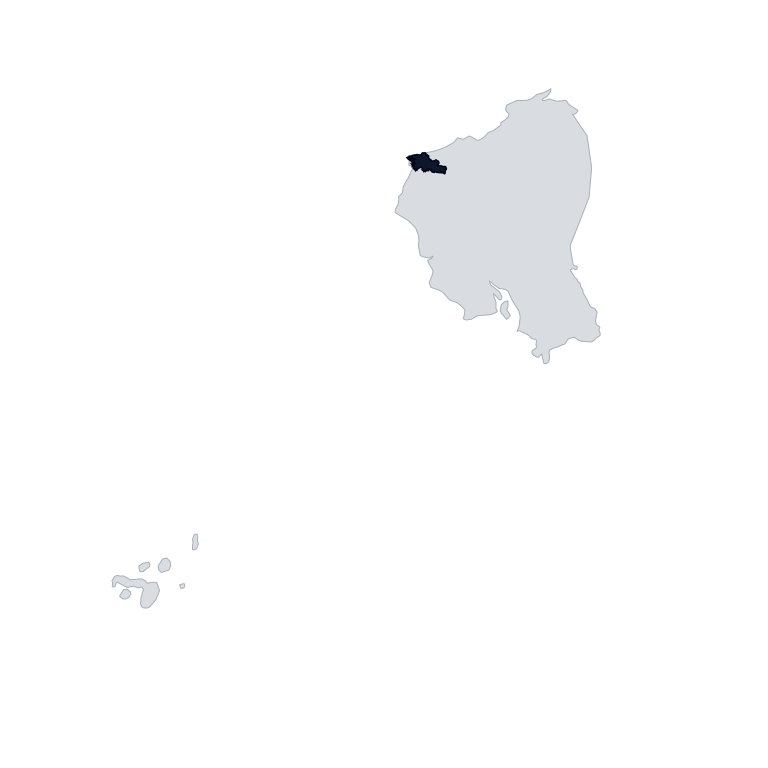 location of San Lorenzo, Esmeraldas, Ecuador, rotated 311°
{"feature_id": "8360857B36933905288912", "entity_name": "San Lorenzo", "entity_type": "district", "adm_level": 2, "iso_a3": "ECU", "parent_name": "Ecuador", "parent_adm1": "Esmeraldas", "projection": "mercator", "projection_center": [-78.743, 0.975], "detail": "fine", "context": "in_parent", "style": "filled", "palette": "ink", "viewbox_px": 768, "rotation_deg": 311, "n_neighbors": 0, "source": "geoboundaries", "source_scale": "gbopen_adm2", "svg_char_len": 9048}
<svg xmlns="http://www.w3.org/2000/svg" viewBox="0 0 768 768"><g transform="rotate(311 384 384)"><path d="M716.2,316.3L714.0,317.8L708.5,318.4L704.1,317.0L702.3,317.0L702.1,318.4L707.8,322.1L710.5,328.6L714.6,332.6L717.1,334.6L717.3,336.0L716.5,338.6L716.3,340.7L717.7,350.7L716.7,351.3L713.7,351.3L711.2,349.6L704.6,374.3L683.5,398.8L659.5,416.2L631.8,426.3L611.4,433.3L608.3,436.0L598.3,448.3L597.9,449.6L599.2,451.7L599.3,453.0L597.9,453.9L596.6,454.0L596.0,453.3L595.6,451.8L594.2,450.3L592.6,449.9L591.7,450.3L591.7,451.6L589.6,458.3L589.5,461.5L588.6,462.8L588.7,465.7L586.6,468.4L585.1,472.9L583.4,474.3L581.2,481.2L578.1,488.1L577.9,490.5L578.9,492.2L579.2,493.5L577.9,497.8L570.7,501.9L568.9,504.0L568.1,506.3L568.6,508.2L568.4,509.8L566.1,510.4L563.7,514.4L562.0,515.2L557.5,513.9L554.2,513.9L551.6,512.7L546.6,506.1L544.7,502.2L544.1,496.8L539.1,493.4L532.7,494.2L530.7,493.0L525.9,490.7L521.8,488.2L518.7,486.9L516.4,487.5L512.5,491.8L508.8,493.7L507.2,493.6L505.0,492.4L504.5,490.9L510.1,483.3L506.0,483.2L504.5,481.6L504.3,479.7L503.7,477.7L504.5,475.2L506.6,473.9L509.9,475.0L512.1,475.0L513.6,472.7L516.5,471.0L517.1,469.8L515.6,466.2L515.1,464.2L515.6,463.0L515.4,459.0L514.5,457.6L514.4,455.3L513.6,454.1L513.3,451.4L511.2,449.9L517.9,447.3L520.3,445.2L523.3,443.4L525.9,440.5L527.6,437.7L531.6,425.0L535.4,416.9L534.8,413.1L531.6,407.9L530.9,400.2L531.2,397.8L530.8,396.1L528.8,399.3L529.3,410.6L527.4,415.7L524.9,416.9L523.2,416.0L524.1,407.7L522.3,409.2L519.2,414.9L514.3,419.0L514.0,420.4L512.8,422.1L509.0,420.5L506.1,418.8L496.6,409.5L490.3,407.6L486.5,404.3L485.7,402.9L485.3,401.0L489.1,399.1L493.1,396.5L493.5,390.7L493.4,386.1L490.5,378.4L491.8,368.2L491.1,364.3L487.7,355.9L490.2,351.6L499.0,348.5L501.9,346.5L503.9,339.8L505.9,335.8L509.8,337.4L512.9,337.2L508.8,335.7L505.4,329.7L504.8,326.9L511.4,318.7L514.8,316.6L519.0,312.2L522.5,305.6L523.4,295.3L521.9,287.9L520.8,280.0L523.0,278.0L528.3,277.0L532.7,274.5L534.9,272.1L540.2,272.5L546.2,268.8L555.8,267.0L569.2,262.9L572.1,259.2L570.8,252.8L575.8,256.7L578.0,259.8L585.0,263.2L593.1,269.4L598.4,272.6L604.3,275.4L612.7,278.4L617.9,277.9L620.1,282.5L622.0,283.9L626.9,285.5L627.4,286.1L629.3,294.7L630.3,295.9L634.6,297.3L639.7,297.8L641.8,297.5L646.4,299.9L653.4,301.9L655.9,302.1L657.1,301.8L657.5,300.9L659.5,301.1L662.6,302.2L667.0,302.4L669.8,301.3L670.3,296.6L671.3,295.5L674.5,293.7L676.1,294.1L684.4,297.9L686.1,299.2L688.2,301.9L692.0,305.8L696.2,308.3L702.7,309.4L708.9,313.5L716.2,316.3ZM65.9,310.9L68.4,313.6L69.8,321.0L77.9,328.9L79.0,333.3L78.2,335.4L78.6,336.2L82.5,339.3L85.1,342.6L80.8,350.2L71.6,353.4L61.8,353.3L59.9,352.5L57.3,349.6L56.8,347.0L58.3,344.5L63.4,340.7L71.1,337.3L72.0,334.7L68.9,332.2L66.8,327.2L61.9,323.7L59.5,312.9L57.9,312.4L54.6,313.9L52.9,312.6L52.7,311.9L56.2,309.4L57.0,307.7L62.2,306.9L64.5,308.3L65.9,310.9ZM104.0,343.4L101.9,343.4L95.6,339.5L96.0,335.6L98.5,333.0L106.7,331.7L110.1,334.1L109.8,338.8L107.0,342.2L104.8,342.8L104.0,343.4ZM519.1,433.0L518.3,434.5L514.4,434.4L513.3,433.9L514.3,426.4L515.3,424.0L518.5,421.7L521.1,420.6L524.5,420.8L528.1,422.9L523.9,426.7L520.6,427.8L519.1,433.0ZM59.6,330.7L55.5,331.4L52.1,330.0L50.6,327.9L50.3,324.6L50.6,323.5L58.2,322.4L60.7,325.1L60.7,329.1L59.6,330.7ZM141.3,349.0L136.5,350.7L133.8,349.1L133.5,348.1L136.2,345.6L138.8,344.2L141.1,341.4L145.4,339.6L146.6,340.0L147.4,340.6L147.8,341.6L146.3,343.9L143.7,345.6L141.3,349.0ZM94.3,325.6L92.4,326.8L84.7,325.4L82.3,323.0L84.3,319.8L85.9,318.5L90.5,319.7L95.1,323.3L94.3,325.6ZM100.4,366.5L98.7,366.6L96.5,364.8L98.2,361.6L101.4,363.3L102.2,364.5L100.4,366.5ZM568.8,261.0L566.5,261.3L565.4,259.4L568.2,257.1L569.2,256.6L568.8,261.0Z" fill="#d9dde1" stroke="#a8b0b8" stroke-width="1"/><path d="M588.4,288.1L588.1,287.1L587.0,286.4L586.3,284.2L585.1,282.9L584.6,281.2L584.0,280.6L585.1,280.4L585.7,280.8L586.8,280.5L587.4,279.9L587.8,278.9L587.4,278.5L587.6,278.1L587.3,277.7L587.3,276.2L585.6,275.7L583.5,273.7L584.0,272.1L583.7,270.9L583.7,270.1L583.7,269.4L584.5,268.9L584.5,268.5L585.4,268.2L585.4,267.6L585.1,267.4L585.4,265.8L585.1,265.2L585.2,264.8L584.9,264.8L584.9,264.3L585.5,264.1L585.6,263.8L584.7,263.6L584.9,262.6L583.8,261.9L583.5,262.1L583.8,261.7L583.6,261.3L581.6,261.6L580.5,261.1L580.3,260.6L580.0,260.6L579.7,260.5L579.4,260.0L579.5,259.5L578.9,258.9L578.9,258.3L578.3,258.2L577.9,257.7L577.5,257.9L576.9,256.7L576.5,256.3L576.0,256.3L575.4,255.9L575.0,255.3L574.3,255.4L574.6,255.8L574.3,255.4L573.9,255.6L573.9,254.9L573.1,254.5L573.1,253.9L572.7,254.9L571.9,254.9L571.7,254.7L571.6,255.5L571.9,255.9L571.9,255.6L572.0,255.6L572.2,255.4L572.7,255.4L572.6,255.2L572.7,255.4L572.9,255.1L572.7,255.5L573.2,256.1L572.7,255.5L572.2,255.7L572.7,256.3L572.4,256.5L572.7,256.8L572.4,257.2L572.6,257.1L572.8,257.3L573.1,257.1L572.8,257.4L572.4,257.2L572.7,256.8L572.2,256.7L572.5,256.4L572.2,255.9L571.3,256.9L571.6,257.1L571.6,256.9L571.8,256.7L571.6,256.9L572.0,256.9L571.8,257.2L572.0,257.2L572.0,257.4L571.8,257.3L571.7,256.9L571.5,257.2L571.4,257.1L571.3,257.5L571.9,257.5L572.1,258.1L572.5,258.0L572.1,258.5L572.4,258.4L572.8,258.5L572.2,258.5L572.0,259.2L572.9,258.9L573.2,258.1L573.3,258.1L573.2,258.8L573.5,258.7L573.6,259.0L573.5,258.7L573.9,259.0L573.7,258.7L573.8,258.5L574.0,259.0L573.7,259.1L573.9,259.1L574.1,259.7L573.3,259.0L572.6,259.3L572.9,259.2L572.8,259.3L573.0,259.3L573.1,259.6L572.4,259.4L572.1,259.6L571.0,259.1L571.3,259.7L571.2,259.9L571.3,259.8L571.4,260.0L571.1,259.9L571.3,259.6L571.0,259.3L571.0,259.5L570.8,259.6L571.0,259.5L571.0,259.1L569.8,259.5L570.4,259.6L570.2,259.7L570.4,259.9L570.4,260.4L570.8,259.9L571.0,260.0L570.6,260.4L570.8,260.6L571.0,260.3L570.7,261.6L570.8,261.6L571.0,261.7L570.8,261.8L571.1,262.2L571.1,262.3L570.6,261.5L570.6,261.3L570.2,261.1L570.0,261.4L569.7,261.1L569.3,261.3L569.1,262.0L569.3,262.1L569.5,261.9L570.2,262.5L569.9,262.7L569.6,261.9L569.4,262.3L569.1,262.1L568.9,261.6L568.5,261.5L568.0,260.7L567.9,261.8L568.0,261.9L568.3,261.7L568.7,261.7L568.6,262.1L568.9,262.1L569.4,262.7L569.4,263.0L569.5,262.9L569.3,263.1L569.4,262.7L568.9,262.1L568.6,262.2L568.3,262.1L568.3,261.8L567.9,262.0L568.1,262.2L567.8,262.6L568.2,262.5L567.8,262.6L567.7,262.8L567.8,263.0L568.1,262.7L568.4,262.8L568.5,263.0L568.3,263.2L568.4,263.4L568.2,263.1L568.5,262.8L567.8,263.0L567.7,262.9L567.7,262.6L568.0,262.1L567.3,262.1L566.7,262.5L567.4,262.8L567.7,263.4L566.9,263.6L567.3,264.3L567.0,264.6L567.1,264.9L566.8,265.8L566.5,266.0L566.1,265.8L565.8,266.0L566.0,266.9L565.6,267.8L566.3,267.8L566.5,268.4L566.9,268.6L568.2,268.4L568.2,268.0L568.6,267.8L568.8,268.4L571.9,269.5L571.8,270.0L572.3,270.5L571.8,271.0L571.7,272.0L570.6,272.1L570.7,273.2L571.2,274.0L570.7,274.2L570.4,274.8L571.5,275.1L571.6,275.9L572.0,275.7L572.8,276.1L573.2,275.9L573.4,276.3L574.1,275.8L574.0,276.5L574.2,277.0L574.0,277.4L574.3,277.7L574.7,277.4L575.4,277.6L575.9,276.9L576.2,277.7L576.7,277.7L576.6,278.0L576.2,277.9L576.1,278.1L576.5,278.4L576.1,278.9L576.4,279.1L576.2,279.5L575.8,279.8L575.7,280.3L576.0,281.0L575.6,281.4L576.1,281.9L576.6,282.1L576.4,282.7L576.7,283.1L577.2,282.6L578.1,283.6L578.4,284.2L578.0,284.2L578.0,284.4L578.4,285.0L578.8,284.9L578.8,285.4L579.1,285.4L579.2,285.8L579.6,285.5L579.8,287.2L580.5,287.7L581.1,287.6L580.9,288.4L581.5,288.3L581.5,288.7L581.9,288.8L581.6,289.0L581.8,289.7L582.3,289.7L582.3,291.5L583.1,291.4L583.1,291.8L583.6,291.7L583.8,291.0L585.1,290.5L585.9,289.8L586.7,290.3L587.3,290.0L588.4,288.1ZM571.4,256.6L571.6,256.1L570.8,256.3L570.3,256.8L570.1,258.0L570.2,257.7L570.4,257.7L570.5,257.7L570.5,257.9L570.6,257.5L570.7,257.9L570.3,257.7L570.2,258.0L570.0,258.5L570.9,258.8L570.7,258.6L570.8,258.2L571.0,258.1L571.5,258.1L571.3,258.3L570.9,258.2L570.7,258.6L571.6,258.9L571.6,258.3L571.8,258.1L571.7,258.6L571.9,258.4L572.0,258.7L572.1,258.2L571.8,257.5L571.1,257.7L570.7,257.4L571.3,257.6L571.2,257.0L570.9,257.2L570.7,257.0L570.8,257.0L571.2,256.9L570.9,256.8L571.4,256.6ZM571.2,253.5L569.9,252.8L569.6,255.2L569.8,255.9L569.9,255.7L570.3,255.7L570.2,255.7L570.0,255.3L570.0,255.2L570.2,255.6L570.4,255.6L570.1,255.0L570.2,254.7L570.4,254.7L570.4,254.3L570.1,254.2L570.4,254.3L570.4,254.6L570.7,254.6L570.6,254.1L570.7,254.3L571.0,253.9L570.9,253.9L570.7,253.9L570.9,253.7L571.1,253.8L571.0,253.6L571.2,253.5ZM571.4,254.2L571.2,253.6L571.2,253.8L570.9,253.8L571.1,254.0L570.6,254.5L570.8,254.6L570.7,254.8L570.8,254.8L570.8,255.1L570.6,255.2L570.7,255.4L570.6,255.5L570.8,255.5L570.5,256.0L571.4,255.8L571.6,254.6L571.5,254.3L571.2,254.3L571.4,254.4L571.4,254.5L571.1,254.5L571.3,254.4L571.2,254.3L571.4,254.2ZM570.3,259.9L569.9,260.2L570.1,260.2L570.1,260.3L569.7,260.1L569.5,260.3L569.9,260.4L569.7,261.0L570.3,260.7L570.4,261.1L570.7,261.0L570.7,260.7L570.3,260.3L570.3,259.9ZM572.2,253.6L571.4,253.8L572.0,254.6L572.2,253.6ZM570.7,254.7L570.1,254.9L570.4,255.4L570.4,256.0L570.8,255.6L570.6,255.5L570.6,255.2L570.8,255.1L570.7,255.1L570.7,254.7ZM566.9,265.1L566.9,264.4L566.3,264.7L566.9,265.1ZM572.5,254.6L572.8,253.9L572.6,253.8L572.3,254.3L572.5,254.6Z" fill="#0f172a" stroke="#020617" stroke-width="1.5"/></g></svg>